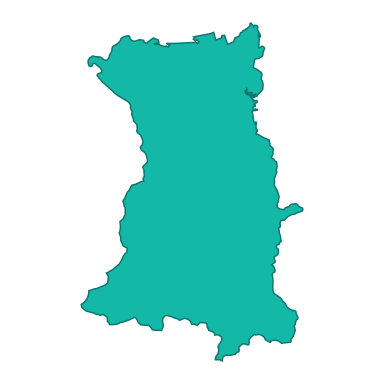 Bahnea, Mures, Romania
{"feature_id": "2599482B70038378899752", "entity_name": "Bahnea", "entity_type": "district", "adm_level": 2, "iso_a3": "ROU", "parent_name": "Romania", "parent_adm1": "Mures", "projection": "equal_earth", "projection_center": [24.492, 46.315], "detail": "fine", "context": "isolated", "style": "filled", "palette": "teal", "viewbox_px": 384, "rotation_deg": 0, "n_neighbors": 0, "source": "geoboundaries", "source_scale": "gbopen_adm2", "svg_char_len": 5929}
<svg xmlns="http://www.w3.org/2000/svg" viewBox="0 0 384 384"><path d="M222.1,361.0L222.9,357.2L224.0,356.1L225.9,355.2L230.7,355.3L233.5,354.5L235.2,354.4L236.5,352.5L239.0,351.7L239.2,349.4L238.8,348.3L238.8,347.3L242.2,344.1L244.1,343.9L246.1,344.2L247.1,344.9L248.6,344.7L248.9,344.3L248.8,343.4L249.3,342.6L248.9,341.1L249.2,339.5L251.2,336.9L254.5,334.5L255.7,335.0L258.8,334.4L261.9,335.3L264.5,337.7L265.2,339.6L269.5,342.2L270.1,342.3L270.9,341.2L272.1,340.5L274.9,340.1L278.7,341.0L281.8,343.4L283.4,342.9L290.3,342.3L291.0,341.7L291.0,339.4L293.2,336.4L295.0,331.2L295.2,329.8L294.2,326.6L295.1,324.4L296.1,320.3L297.7,318.9L297.9,318.0L297.8,316.9L296.4,314.3L295.8,311.3L293.6,310.3L292.0,310.3L288.6,308.5L286.9,306.9L285.0,303.2L282.3,300.6L281.5,299.0L280.1,297.6L274.1,293.6L272.9,290.7L272.7,285.8L273.0,281.2L272.3,274.1L272.7,273.2L275.0,271.7L274.9,269.5L274.3,268.6L274.0,266.9L273.0,265.8L271.5,265.0L275.0,262.3L275.1,260.7L274.3,259.2L273.9,257.5L277.9,254.2L278.4,252.4L278.5,249.8L277.9,248.6L276.4,247.6L276.5,245.3L279.1,244.2L279.9,242.3L281.3,241.3L280.9,240.6L280.5,236.4L279.2,232.4L279.1,230.1L278.6,228.8L279.6,227.1L280.2,226.9L280.3,225.0L279.7,223.0L280.2,222.9L280.8,220.6L284.5,220.0L287.5,216.8L291.0,214.8L294.8,214.1L296.4,213.1L302.4,210.9L302.8,209.8L302.7,208.6L302.2,207.9L299.1,206.7L298.0,205.7L297.8,204.8L295.9,203.7L291.4,204.3L289.9,205.4L289.4,206.4L285.5,207.7L284.8,208.9L283.4,209.5L280.2,209.2L277.3,207.4L277.1,204.6L278.5,200.2L279.1,196.5L277.3,190.9L274.3,185.2L274.5,182.0L274.3,178.9L276.8,172.0L276.3,170.1L277.1,166.8L276.8,162.9L276.4,161.8L274.4,160.7L274.0,159.3L271.5,157.8L271.1,156.9L272.1,156.1L273.1,153.8L272.9,152.0L273.4,149.2L272.3,147.5L270.7,146.6L269.7,144.9L269.9,143.3L269.3,141.7L269.2,139.9L264.4,138.1L257.3,134.1L256.1,134.2L256.0,133.1L256.7,131.6L257.3,131.4L257.1,130.0L256.1,129.1L256.0,125.0L255.4,124.0L255.6,123.3L256.3,123.7L256.3,122.2L253.8,122.2L252.7,113.9L251.8,111.1L257.4,110.1L257.2,109.5L255.4,109.0L254.2,109.3L252.9,108.9L252.8,108.3L253.4,106.5L255.2,106.5L255.3,105.3L255.0,104.7L254.1,104.6L254.2,103.7L256.8,102.6L257.3,102.0L256.8,100.6L253.1,100.8L253.6,100.0L252.4,99.4L251.1,97.7L253.2,97.8L254.8,97.1L255.3,96.6L255.1,96.2L253.3,95.8L251.1,96.4L251.3,96.8L250.8,96.9L249.4,94.9L247.1,94.5L246.2,94.0L245.6,93.3L245.5,92.4L244.9,91.0L247.0,89.6L246.9,88.9L247.4,89.5L247.2,89.8L245.7,91.1L246.6,93.3L247.3,92.3L247.8,92.3L247.5,93.7L250.2,92.3L251.8,92.6L252.0,93.2L250.2,93.9L249.7,94.8L250.0,95.2L250.5,95.4L254.9,94.2L254.5,94.8L255.9,94.8L256.9,96.2L257.9,94.4L261.6,90.8L262.8,88.9L263.1,84.1L262.3,81.1L261.2,79.4L261.9,74.0L261.4,72.7L256.8,69.3L253.3,67.6L254.7,59.2L258.9,58.3L262.0,56.4L262.7,55.3L263.0,54.1L262.8,53.2L264.6,48.2L263.2,46.4L261.9,46.3L259.4,47.8L258.7,47.1L259.2,38.9L258.4,36.3L258.3,34.7L258.6,34.4L258.9,34.7L259.8,37.0L260.3,36.9L260.5,35.7L258.2,30.8L257.4,30.2L257.8,26.9L256.8,25.6L255.2,25.2L254.0,25.5L253.6,25.7L253.9,28.3L253.3,25.9L250.9,23.0L250.1,23.4L249.8,26.2L248.0,27.5L247.1,28.6L246.0,28.9L245.0,30.2L243.4,30.4L241.9,32.2L240.4,32.8L240.1,34.2L238.9,36.4L235.0,37.8L233.4,42.0L227.5,44.4L224.6,35.3L222.2,35.5L221.7,35.9L221.5,38.2L220.3,38.3L216.1,40.0L215.5,39.2L213.7,32.4L210.1,33.7L193.8,36.8L194.8,37.6L193.3,39.1L195.4,40.9L197.0,39.7L199.0,42.0L197.9,42.7L198.1,42.9L197.7,43.4L196.8,42.7L194.5,42.4L176.2,43.4L166.2,43.4L169.5,45.2L168.2,47.0L166.1,46.0L165.4,46.6L161.8,45.8L158.5,44.2L155.8,44.5L154.7,44.2L154.6,43.7L159.0,43.0L158.2,40.0L153.3,38.0L148.1,41.7L147.4,42.8L146.2,43.2L144.2,42.2L143.9,40.9L143.1,40.2L139.5,39.7L135.1,41.2L132.9,41.0L130.8,39.7L130.0,38.4L129.6,36.5L128.6,35.7L125.9,36.1L122.5,37.5L120.9,38.6L120.5,40.5L119.2,42.1L117.0,44.0L112.6,46.6L112.0,48.6L111.8,51.4L109.6,54.9L109.0,57.5L107.6,59.7L106.4,60.2L104.4,60.1L101.6,57.8L100.0,57.0L95.0,56.6L92.9,55.9L90.4,57.4L88.9,59.1L88.0,61.0L88.2,63.2L88.7,65.2L89.2,65.9L90.7,66.5L92.2,65.9L93.2,63.4L95.1,63.5L100.6,68.3L101.8,70.3L101.6,72.2L100.6,72.9L98.2,73.7L97.2,75.0L97.1,75.7L102.8,82.3L112.6,91.0L114.0,92.6L117.4,95.3L127.9,101.5L130.5,104.6L130.5,107.8L131.4,110.3L132.2,111.6L131.6,114.5L132.7,116.9L133.4,119.4L133.4,120.8L137.0,124.6L137.0,127.1L137.4,128.6L136.6,131.0L137.8,133.0L140.7,135.1L143.0,141.1L142.3,144.7L140.4,147.0L140.3,147.6L141.7,150.2L145.1,152.9L146.2,154.7L147.4,159.8L147.4,162.0L143.0,166.5L142.9,167.4L143.9,169.9L144.3,176.6L143.4,177.6L143.1,178.8L143.5,180.2L144.0,181.1L141.3,181.6L135.3,184.4L132.1,185.1L131.2,186.1L129.0,190.5L127.3,192.2L124.5,198.7L122.8,201.3L123.6,202.5L124.0,205.6L124.9,207.4L125.3,209.3L125.1,212.8L125.4,213.9L125.3,214.7L124.1,216.4L123.6,218.4L120.0,221.5L120.5,227.0L120.1,229.2L120.2,229.9L119.2,233.3L120.7,236.8L120.6,240.0L123.1,245.8L127.1,248.1L126.9,252.4L125.2,253.4L123.2,256.3L121.5,260.4L119.2,264.1L113.1,269.3L108.2,272.3L106.4,273.0L107.8,274.9L108.4,276.9L107.7,282.7L106.4,284.5L96.5,288.6L94.7,288.8L88.9,290.8L88.6,294.1L87.7,297.2L86.7,299.1L84.0,302.6L81.2,304.4L82.1,307.9L86.3,311.1L93.4,312.9L96.2,314.3L98.2,314.4L100.3,315.3L103.2,314.4L106.9,317.1L107.3,318.5L107.4,321.5L109.0,322.7L109.5,324.6L113.5,324.6L117.7,323.9L120.6,322.5L122.6,322.2L129.5,319.8L133.9,317.6L134.9,317.5L136.3,318.4L138.3,322.4L140.7,324.8L148.8,325.5L150.3,326.5L152.2,329.6L153.5,330.1L161.5,330.5L162.9,327.6L163.3,325.8L162.5,320.8L163.0,317.9L165.0,316.0L166.2,315.6L167.7,315.6L172.3,316.9L174.3,318.0L177.8,318.9L179.6,320.3L184.2,318.3L188.7,319.4L189.1,320.4L190.3,321.2L191.8,324.3L193.5,324.0L197.3,325.4L200.2,322.5L206.0,323.0L207.0,323.8L207.3,327.5L208.1,328.3L208.7,330.3L213.3,332.1L214.4,333.3L214.7,335.1L216.8,334.8L219.0,335.1L221.6,337.2L221.9,339.4L220.8,342.4L219.2,344.1L218.1,346.7L218.1,347.5L218.6,348.7L218.7,350.2L218.6,351.6L218.2,352.2L218.1,354.1L216.3,355.9L215.4,358.6L215.4,359.7L220.1,359.8L222.1,361.0Z" fill="#14b8a6" stroke="#0f766e" stroke-width="1.5"/></svg>